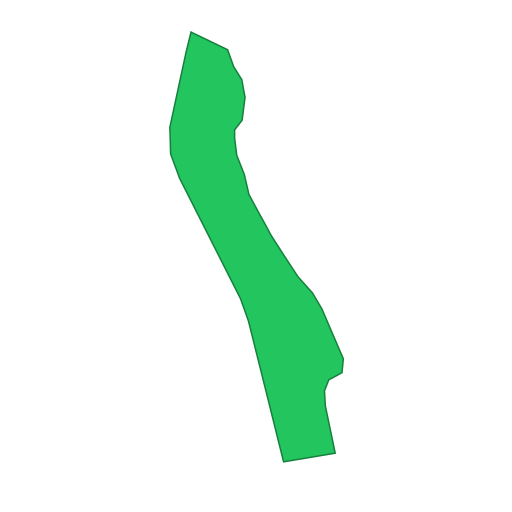 outline of Bragadiru, Teleorman, Romania, rotated 298°
{"feature_id": "2599482B260875686248", "entity_name": "Bragadiru", "entity_type": "district", "adm_level": 2, "iso_a3": "ROU", "parent_name": "Romania", "parent_adm1": "Teleorman", "projection": "mercator", "projection_center": [25.509, 43.687], "detail": "fine", "context": "isolated", "style": "filled", "palette": "green", "viewbox_px": 512, "rotation_deg": 298, "n_neighbors": 0, "source": "geoboundaries", "source_scale": "gbopen_adm2", "svg_char_len": 612}
<svg xmlns="http://www.w3.org/2000/svg" viewBox="0 0 512 512"><g transform="rotate(298 256 256)"><path d="M391.0,171.8L398.0,166.2L405.0,160.7L412.7,147.4L424.8,134.1L423.2,93.5L403.4,98.5L329.2,119.5L317.7,126.1L306.1,132.6L293.3,147.0L289.0,151.7L211.0,262.4L195.0,279.9L141.1,328.5L87.2,377.0L119.1,418.5L156.2,387.6L169.0,379.8L180.8,378.4L193.4,386.7L206.2,381.4L222.4,361.2L240.3,338.9L249.9,323.2L257.4,302.8L269.9,280.0L281.3,259.7L288.5,248.9L295.6,238.0L307.0,220.9L322.5,207.4L335.9,191.7L349.9,181.9L357.3,177.9L369.4,180.0L391.0,171.8Z" fill="#22c55e" stroke="#15803d" stroke-width="1.5"/></g></svg>